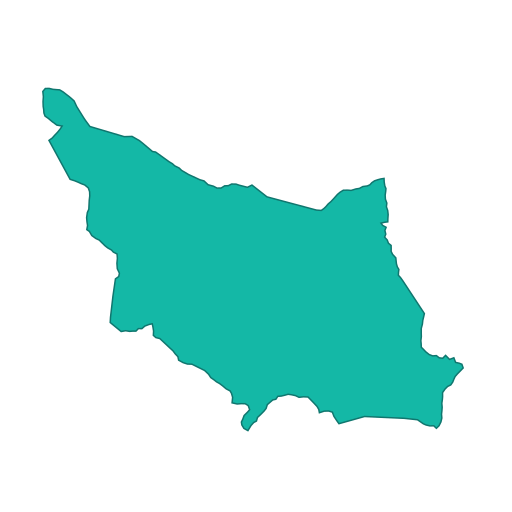 the district of Pedro Alexandre, Bahia, Brazil, rotated 171°
{"feature_id": "56859067B11615290861322", "entity_name": "Pedro Alexandre", "entity_type": "district", "adm_level": 2, "iso_a3": "BRA", "parent_name": "Brazil", "parent_adm1": "Bahia", "projection": "orthographic", "projection_center": [-37.944, -10.088], "detail": "fine", "context": "isolated", "style": "filled", "palette": "teal", "viewbox_px": 512, "rotation_deg": 171, "n_neighbors": 0, "source": "geoboundaries", "source_scale": "gbopen_adm2", "svg_char_len": 3435}
<svg xmlns="http://www.w3.org/2000/svg" viewBox="0 0 512 512"><g transform="rotate(171 256 256)"><path d="M200.3,77.4L173.9,80.5L135.0,72.5L122.1,69.0L119.7,66.7L117.0,64.1L114.5,62.5L110.8,61.0L107.0,60.5L104.8,57.6L101.8,59.7L99.3,63.2L97.8,66.9L97.5,70.8L96.6,74.0L95.8,77.5L95.5,81.5L94.4,85.0L93.7,87.9L93.1,91.9L90.1,95.0L87.1,97.2L83.8,98.2L81.4,100.7L80.0,103.1L78.2,105.8L75.6,108.0L71.8,110.8L68.9,113.0L69.6,116.9L72.0,118.3L75.5,119.7L76.5,124.5L81.0,123.6L84.3,128.2L87.6,125.8L91.0,126.8L93.4,129.4L97.1,129.7L100.4,131.6L103.3,134.8L105.2,137.6L107.0,140.0L106.6,143.5L106.4,146.6L105.3,150.5L104.9,153.6L104.1,158.6L102.3,162.7L101.3,166.4L99.8,170.0L98.7,172.8L114.9,208.6L116.7,212.2L118.4,214.7L117.8,217.6L117.0,220.4L118.1,223.1L118.5,226.2L118.4,229.0L118.2,232.3L120.8,236.2L121.8,239.4L121.3,242.3L120.9,245.3L123.2,247.9L123.9,251.3L126.0,254.5L124.4,257.3L124.7,261.0L123.0,264.0L126.1,266.4L127.4,268.9L123.7,269.2L120.5,269.1L119.9,272.3L119.0,276.2L118.8,280.3L119.5,284.2L118.5,287.8L119.3,291.9L118.9,295.9L117.8,299.5L117.1,302.3L117.8,305.0L117.8,309.1L117.4,312.6L120.8,312.6L123.6,312.3L127.2,311.7L130.1,310.3L132.4,308.5L135.1,307.8L139.6,307.9L143.3,306.6L146.9,306.6L151.8,305.9L155.1,306.7L159.5,307.3L162.9,305.9L165.9,304.1L170.4,300.4L173.5,298.0L176.6,296.1L179.4,293.7L181.6,292.2L184.4,290.8L189.1,291.9L235.9,312.7L248.9,326.7L253.7,325.2L261.8,328.7L264.4,330.1L268.8,330.9L272.3,329.8L276.0,330.2L279.8,328.6L283.9,329.2L287.1,331.6L292.2,333.9L295.6,338.3L299.5,340.1L309.8,347.0L316.1,352.2L318.1,354.9L322.2,357.8L324.1,360.2L327.2,362.8L331.6,367.2L338.9,374.4L341.9,375.4L350.1,384.9L353.0,388.1L359.7,393.5L367.5,394.5L399.8,409.9L403.3,416.7L404.5,419.3L409.7,431.6L411.4,437.6L413.8,440.6L415.8,442.9L418.2,445.4L420.8,448.2L423.9,450.8L427.7,451.7L430.5,452.4L434.1,453.9L437.9,454.4L440.8,451.9L441.1,446.6L442.2,441.8L442.8,437.0L442.8,433.8L443.1,430.4L442.5,427.2L439.6,424.4L436.4,420.7L432.2,416.4L427.2,414.7L429.3,412.3L432.6,409.3L435.9,406.8L438.8,404.4L442.4,402.6L427.6,360.8L423.4,358.7L419.8,356.5L417.3,354.8L414.1,353.0L411.0,349.5L410.3,345.5L410.8,341.4L412.0,337.1L413.2,331.3L413.8,328.4L415.8,325.3L417.3,320.4L417.6,316.0L417.6,312.5L419.0,308.5L416.7,306.3L415.0,301.9L411.4,298.3L408.4,296.3L406.2,293.3L403.6,289.8L401.2,287.2L397.8,284.5L396.3,282.2L392.9,279.7L393.3,275.3L394.5,270.6L395.0,265.1L393.6,260.4L394.8,257.2L398.4,255.4L403.5,239.0L409.3,218.2L410.4,213.1L401.0,202.5L396.5,202.6L392.5,201.3L389.5,201.1L386.3,200.6L383.5,202.7L380.1,202.1L376.7,204.2L372.4,205.1L369.1,205.3L368.9,202.2L368.9,197.9L369.8,193.7L367.7,191.1L363.9,189.5L355.2,178.3L352.8,175.3L351.1,172.0L348.9,168.8L348.7,165.2L344.7,162.1L340.6,160.0L336.3,159.2L324.7,151.0L321.3,146.6L319.7,143.0L316.6,140.0L314.7,137.9L312.0,135.8L309.3,133.0L306.3,129.5L302.7,126.8L301.7,124.2L301.2,120.1L302.6,114.7L297.8,112.8L293.9,112.5L289.8,111.8L287.1,109.5L286.3,105.2L288.8,103.1L292.7,100.3L294.6,96.9L296.4,94.3L296.4,91.3L294.9,87.6L291.3,84.8L287.4,89.4L284.3,91.9L281.4,92.9L279.8,96.3L276.5,98.5L272.4,101.5L269.9,103.8L268.1,107.4L264.9,109.4L262.0,111.2L258.8,111.4L256.4,114.0L253.0,113.7L249.3,114.0L245.9,114.4L242.6,113.4L238.8,111.9L235.6,109.7L231.1,109.5L226.7,108.6L224.5,105.5L222.1,102.1L219.2,97.8L218.0,94.6L217.9,91.3L212.8,92.1L208.4,91.5L205.0,89.8L204.1,85.4L202.0,80.8L200.3,77.4Z" fill="#14b8a6" stroke="#0f766e" stroke-width="1.5"/></g></svg>